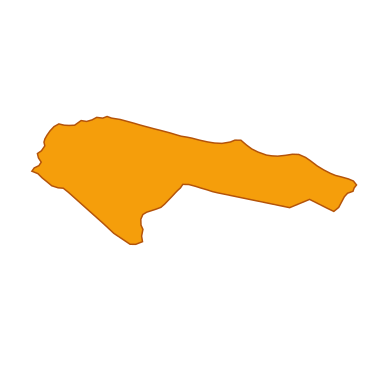 outline of Pitimbu, Paraíba, Brazil, rotated 279°
{"feature_id": "56859067B97303044922384", "entity_name": "Pitimbu", "entity_type": "district", "adm_level": 2, "iso_a3": "BRA", "parent_name": "Brazil", "parent_adm1": "Paraíba", "projection": "equal_earth", "projection_center": [-34.838, -7.446], "detail": "fine", "context": "isolated", "style": "filled", "palette": "amber", "viewbox_px": 384, "rotation_deg": 279, "n_neighbors": 0, "source": "geoboundaries", "source_scale": "gbopen_adm2", "svg_char_len": 1437}
<svg xmlns="http://www.w3.org/2000/svg" viewBox="0 0 384 384"><g transform="rotate(279 192 192)"><path d="M194.2,179.9L198.1,181.7L198.9,187.7L198.1,195.0L197.3,200.1L196.5,206.6L195.6,212.1L195.2,217.3L192.7,271.9L191.8,290.9L203.1,309.3L197.0,328.4L195.0,335.1L199.7,339.3L211.1,343.2L215.1,345.8L217.9,350.9L221.3,351.5L224.7,353.4L228.1,349.7L229.4,344.4L230.3,336.8L230.8,331.1L232.1,325.7L234.4,318.7L237.3,311.6L241.3,304.2L243.9,298.8L245.8,291.6L245.0,285.3L242.9,278.8L240.8,271.0L240.2,265.4L240.1,259.8L241.8,250.9L243.9,244.2L246.9,238.5L250.8,232.2L249.9,226.2L247.4,222.1L244.7,214.0L243.9,206.6L243.9,199.5L244.4,191.3L245.2,183.3L245.4,178.3L245.4,172.6L246.1,167.0L246.9,161.3L247.9,151.6L248.5,144.6L249.0,140.0L249.5,135.1L250.1,129.6L250.8,124.4L251.4,119.1L252.4,109.7L252.4,101.0L253.3,96.3L251.0,92.3L250.8,86.2L247.6,82.0L245.2,76.9L245.2,71.3L239.6,65.6L238.5,60.2L238.0,55.4L238.4,49.8L235.0,45.5L230.3,42.3L225.4,39.9L221.4,38.4L218.1,38.0L214.5,39.4L209.1,36.8L205.8,33.3L201.7,35.0L197.9,38.4L194.1,36.7L191.1,32.4L187.5,30.6L186.0,37.0L182.5,41.8L179.2,47.5L176.2,52.5L175.2,59.1L175.6,64.3L172.4,69.9L146.7,109.8L138.9,121.3L130.7,139.0L131.5,144.6L135.2,150.9L140.6,149.1L147.4,149.4L151.3,146.8L157.1,145.7L162.1,147.0L164.9,150.3L167.2,154.8L169.5,159.3L172.0,163.7L175.8,166.9L179.6,169.5L184.0,172.6L188.2,175.4L191.2,177.5L194.2,179.9Z" fill="#f59e0b" stroke="#b45309" stroke-width="1.5"/></g></svg>